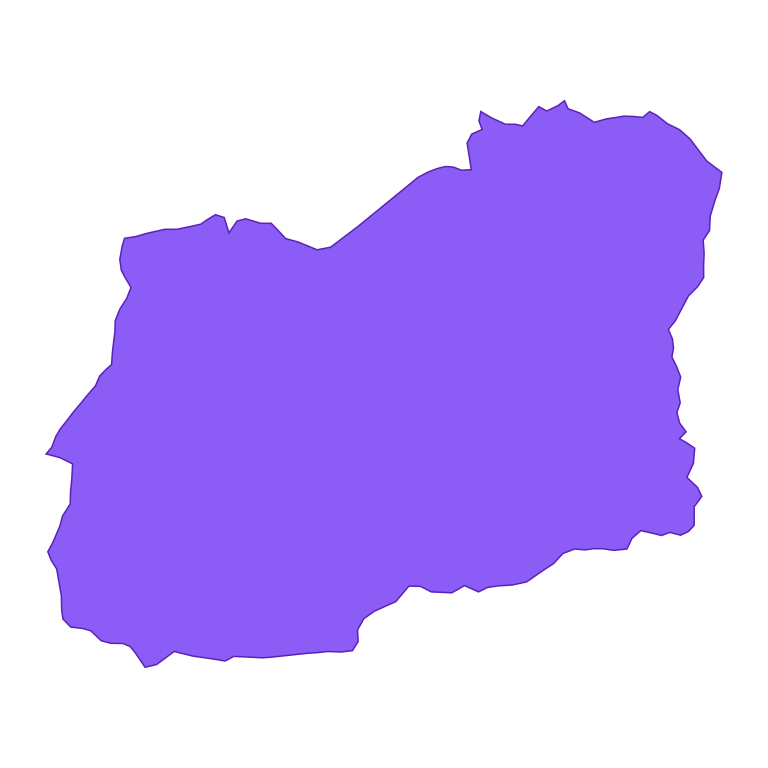 Cristais Paulista, São Paulo, Brazil
{"feature_id": "56859067B55883287614463", "entity_name": "Cristais Paulista", "entity_type": "district", "adm_level": 2, "iso_a3": "BRA", "parent_name": "Brazil", "parent_adm1": "São Paulo", "projection": "albers", "projection_center": [-47.398, -20.367], "detail": "fine", "context": "isolated", "style": "filled", "palette": "violet", "viewbox_px": 768, "rotation_deg": 0, "n_neighbors": 0, "source": "geoboundaries", "source_scale": "gbopen_adm2", "svg_char_len": 2336}
<svg xmlns="http://www.w3.org/2000/svg" viewBox="0 0 768 768"><path d="M721.9,172.4L713.4,166.1L706.6,160.8L697.7,149.1L690.1,139.0L679.6,129.7L667.4,123.7L656.7,115.3L649.6,111.6L642.8,117.4L633.4,116.5L624.2,116.1L616.4,117.4L606.7,118.8L594.2,122.3L579.8,113.0L568.0,108.7L564.5,100.7L557.8,105.7L546.7,111.0L538.8,106.6L531.9,114.7L522.6,125.9L514.9,124.2L505.3,124.2L491.6,117.9L480.8,111.5L478.9,120.8L482.1,129.5L471.8,134.0L467.1,143.0L471.3,169.7L461.3,170.2L453.5,167.1L445.6,166.5L438.0,168.3L428.6,171.8L418.1,177.3L358.4,226.1L330.6,247.2L317.1,249.8L297.6,241.8L285.7,238.6L276.8,229.1L271.2,223.3L260.7,223.3L245.8,218.8L237.1,221.0L229.0,232.8L224.2,217.5L215.5,214.7L207.8,219.3L200.7,224.2L188.0,227.0L176.9,229.3L164.7,229.3L146.6,233.4L135.6,236.6L124.5,238.3L122.1,246.4L119.8,259.4L121.3,270.3L125.4,278.0L131.0,287.5L126.7,298.4L119.8,309.2L115.2,320.8L114.9,331.7L113.6,342.0L112.4,352.4L111.6,364.5L105.5,370.0L99.7,376.0L95.5,385.8L87.7,394.8L81.0,403.0L73.1,412.4L65.8,422.0L60.4,428.7L55.8,436.5L51.8,447.2L46.1,454.0L59.6,457.5L72.6,463.9L71.8,478.8L70.5,492.0L70.2,503.9L62.4,516.2L60.0,525.7L52.9,542.4L47.8,551.8L51.3,560.5L56.7,569.0L59.2,583.4L61.3,595.5L61.7,610.5L63.0,619.1L70.8,627.1L82.9,628.5L90.8,630.8L101.1,640.7L110.8,643.3L123.0,643.5L130.2,646.6L135.3,652.8L145.1,667.3L156.6,664.5L174.2,651.5L192.8,656.1L211.1,658.7L225.2,661.0L233.8,656.4L244.8,656.9L262.1,657.8L270.2,657.3L299.7,654.1L308.6,653.2L316.6,652.7L327.7,651.5L341.2,652.0L352.5,650.6L358.1,641.6L357.6,629.8L363.9,618.6L374.4,611.2L385.1,606.3L395.7,601.7L408.9,586.1L420.5,586.4L431.3,591.9L451.8,592.8L464.5,585.6L478.5,591.9L487.4,587.5L498.0,585.9L512.4,585.0L526.6,581.9L542.8,570.6L553.8,563.4L562.7,553.6L574.6,549.0L585.1,549.9L593.8,548.7L602.9,548.7L613.8,550.4L626.9,549.0L632.0,538.3L640.9,530.6L652.3,533.2L661.5,535.5L669.9,532.4L680.6,535.2L688.5,531.5L694.2,525.2L694.2,506.7L701.8,496.4L697.5,487.4L686.9,477.4L693.4,463.5L694.7,448.2L686.5,442.7L679.4,438.7L686.1,431.8L679.7,423.2L676.9,412.5L680.2,403.0L677.8,389.5L680.7,377.2L676.8,367.0L671.9,357.0L673.5,348.0L672.4,338.9L668.4,329.4L675.3,320.9L680.8,310.4L688.4,296.0L697.6,286.7L703.7,277.5L703.6,265.8L704.1,253.3L703.2,240.1L709.5,230.6L710.3,215.9L715.0,200.4L719.3,188.6L721.9,172.4Z" fill="#8b5cf6" stroke="#5b21b6" stroke-width="1.5"/></svg>